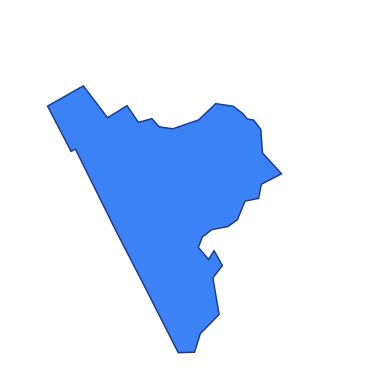 Towns, Georgia, United States of America, rotated 243°
{"feature_id": "52423323B28329041515862", "entity_name": "Towns", "entity_type": "district", "adm_level": 2, "iso_a3": "USA", "parent_name": "United States of America", "parent_adm1": "Georgia", "projection": "natural_earth1", "projection_center": [-83.742, 34.892], "detail": "fine", "context": "isolated", "style": "filled", "palette": "blue", "viewbox_px": 384, "rotation_deg": 243, "n_neighbors": 0, "source": "geoboundaries", "source_scale": "gbopen_adm2", "svg_char_len": 623}
<svg xmlns="http://www.w3.org/2000/svg" viewBox="0 0 384 384"><g transform="rotate(243 192 192)"><path d="M238.8,272.9L249.8,267.5L260.0,253.2L253.2,230.8L257.0,203.6L265.0,192.3L275.6,189.6L278.3,175.9L298.4,173.3L296.5,150.5L335.9,143.3L334.1,102.3L283.1,102.7L283.2,107.6L189.6,106.6L131.0,106.9L55.1,106.8L48.1,121.5L62.0,135.1L70.6,160.6L106.0,171.6L112.7,185.7L129.7,185.0L124.5,176.1L139.7,172.5L147.2,180.7L149.5,192.5L144.9,208.5L146.8,220.0L159.8,235.1L156.1,248.5L167.4,257.3L167.6,280.0L194.8,272.5L216.5,281.7L228.1,279.6L232.0,274.4L238.8,272.9Z" fill="#3b82f6" stroke="#1e3a8a" stroke-width="1.5"/></g></svg>